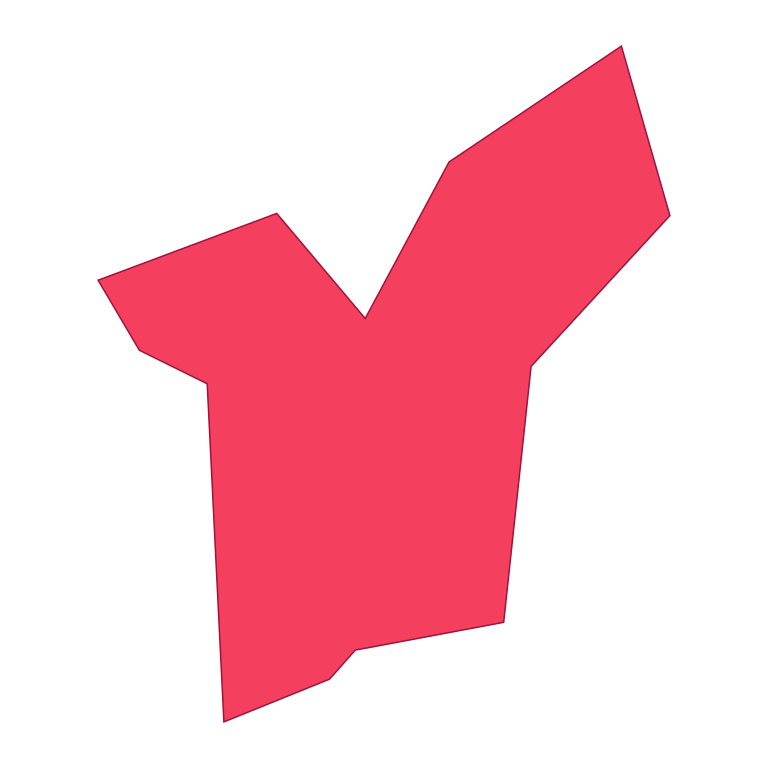 outline of Colonial Heights, Virginia, United States of America
{"feature_id": "52423323B35608412080263", "entity_name": "Colonial Heights", "entity_type": "district", "adm_level": 2, "iso_a3": "USA", "parent_name": "United States of America", "parent_adm1": "Virginia", "projection": "albers", "projection_center": [-77.399, 37.266], "detail": "fine", "context": "isolated", "style": "filled", "palette": "rose", "viewbox_px": 768, "rotation_deg": 0, "n_neighbors": 0, "source": "geoboundaries", "source_scale": "gbopen_adm2", "svg_char_len": 298}
<svg xmlns="http://www.w3.org/2000/svg" viewBox="0 0 768 768"><path d="M329.6,679.1L355.3,650.1L503.7,622.3L531.1,366.4L669.9,215.6L621.4,46.1L449.1,161.9L365.2,318.5L276.7,213.4L98.1,280.2L139.4,350.3L207.2,383.8L223.9,721.9L329.6,679.1Z" fill="#f43f5e" stroke="#9f1239" stroke-width="1.5"/></svg>